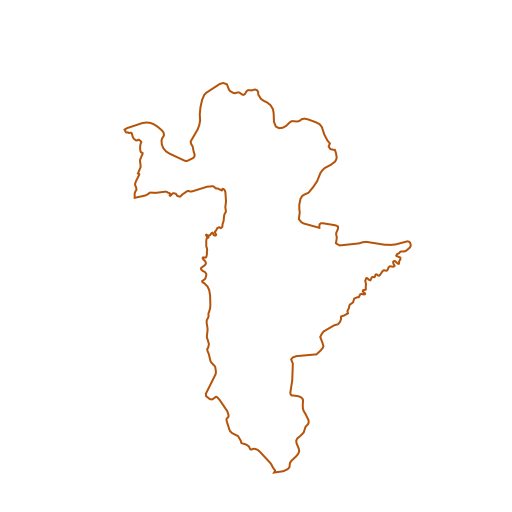 SVG path tracing the border of Arbil, rotated 319°
{"feature_id": "IRQ-3050", "entity_name": "Arbil", "entity_type": "Province", "adm_level": 1, "iso_a3": "IRQ", "parent_name": "Iraq", "parent_adm1": "", "projection": "orthographic", "projection_center": [44.221, 36.37], "detail": "fine", "context": "isolated", "style": "outline", "palette": "amber", "viewbox_px": 512, "rotation_deg": 319, "n_neighbors": 0, "source": "natural_earth", "source_scale": "10m", "svg_char_len": 6114}
<svg xmlns="http://www.w3.org/2000/svg" viewBox="0 0 512 512"><g transform="rotate(319 256 256)"><path d="M239.7,74.4L242.6,74.9L257.4,81.1L260.8,83.3L263.3,85.9L265.2,89.2L266.5,93.7L267.2,97.9L267.4,100.3L267.2,102.2L265.9,104.4L264.4,105.1L262.7,105.5L260.7,106.6L258.1,110.0L256.8,113.9L256.7,118.0L257.9,122.0L264.1,136.0L265.1,138.0L266.4,139.1L272.8,140.8L274.7,140.6L276.2,139.2L277.6,136.0L280.0,131.9L280.6,128.8L281.8,126.7L294.8,122.3L298.9,120.1L302.7,117.1L306.4,112.3L311.9,107.1L317.9,102.7L322.8,100.4L325.6,100.2L341.7,102.4L344.8,104.0L346.7,107.3L344.7,112.8L344.7,114.7L345.9,118.1L346.9,119.4L349.1,120.3L350.2,121.1L350.8,122.3L351.6,125.3L352.3,126.2L353.8,126.5L356.8,125.5L358.3,125.5L359.4,126.1L361.1,128.0L364.5,129.7L365.5,131.4L365.3,133.5L363.6,135.7L362.8,140.8L363.7,144.2L365.1,147.3L365.9,151.7L365.1,156.3L363.0,159.8L357.6,166.5L355.9,171.3L357.2,174.6L360.2,176.7L364.3,177.6L369.1,177.3L371.3,177.6L373.2,179.3L374.7,181.0L376.3,182.1L378.1,182.7L380.1,182.7L382.7,184.1L385.0,187.2L388.8,194.1L390.5,198.3L390.3,201.9L387.3,208.9L385.7,215.5L385.6,219.5L382.6,221.1L382.3,224.2L384.5,227.1L385.1,227.6L384.5,229.4L383.6,231.3L381.6,234.5L379.9,235.8L377.6,236.6L372.3,236.3L365.7,234.7L362.5,234.8L359.1,235.6L351.1,239.7L344.3,241.5L337.2,242.7L332.8,241.4L330.2,241.0L327.0,242.1L322.3,245.7L319.3,249.2L317.6,251.8L312.5,256.3L312.4,260.4L313.3,262.7L322.3,276.3L323.8,274.6L324.8,273.8L326.4,273.9L328.0,275.2L335.8,284.6L336.7,286.1L337.2,287.7L335.7,289.3L332.1,291.0L330.9,291.9L329.3,294.8L328.1,296.0L324.7,298.8L325.4,301.2L326.2,303.0L341.9,314.0L345.5,315.6L347.3,316.8L348.8,318.0L360.3,331.7L365.3,336.3L369.2,339.0L379.8,344.2L380.8,345.5L381.0,346.0L381.0,347.0L380.1,349.1L379.1,350.0L378.0,350.4L376.4,350.6L372.8,350.5L371.3,350.1L368.2,347.6L367.5,347.5L365.8,347.7L363.8,347.2L362.5,347.5L362.1,347.7L362.0,348.2L363.9,351.8L363.0,353.1L360.6,353.9L359.1,355.4L358.6,355.6L358.3,355.3L357.9,354.3L357.7,351.4L357.5,350.9L356.4,350.3L355.9,350.3L354.8,351.6L354.6,352.2L354.3,354.1L353.8,354.5L353.1,354.4L351.8,353.4L350.6,351.8L349.9,351.5L348.9,351.5L345.8,352.9L345.0,352.8L344.1,352.0L343.3,350.7L342.5,350.5L341.3,350.5L337.6,351.6L335.9,351.6L335.3,350.8L335.2,349.4L334.5,348.6L333.8,348.6L332.1,349.6L331.5,349.7L330.5,348.5L329.3,348.1L326.4,349.4L325.5,347.8L325.5,345.9L325.0,345.2L324.5,345.1L322.1,346.5L320.5,349.5L319.2,350.6L316.9,353.3L316.3,353.2L314.6,352.1L314.0,352.3L313.4,352.7L313.3,353.3L313.7,355.3L313.5,356.2L312.9,356.3L312.3,355.9L310.6,353.7L309.5,353.3L308.6,353.6L307.2,354.4L306.5,354.5L305.6,353.7L302.2,352.6L298.9,354.6L297.5,354.6L295.5,354.3L294.4,354.4L292.0,356.2L289.1,357.5L288.6,357.9L287.8,359.6L287.3,359.6L286.1,359.2L283.6,358.8L280.8,357.5L280.2,357.6L279.4,358.8L278.5,359.6L276.3,360.8L273.5,361.3L272.6,361.1L269.6,359.6L257.6,357.3L255.0,357.8L251.4,359.2L249.1,365.3L247.8,368.2L246.3,369.1L243.0,369.7L237.1,369.9L220.7,358.0L217.1,356.7L214.7,357.1L213.2,361.4L201.8,373.6L192.2,381.7L191.3,383.3L191.4,384.6L192.4,385.5L195.8,389.4L196.8,391.1L197.4,392.9L197.3,395.0L195.9,396.8L193.9,398.7L191.5,401.6L190.4,403.9L189.5,408.6L187.9,414.4L186.3,416.4L184.6,417.1L181.3,417.4L176.2,420.5L171.0,420.9L167.4,420.8L165.3,421.7L163.8,423.8L161.9,429.4L160.5,431.7L158.0,433.0L155.0,433.5L148.3,433.8L145.8,434.5L142.7,437.3L141.1,437.6L139.4,437.5L136.2,436.6L134.7,435.9L127.6,431.3L129.3,430.8L129.7,430.2L130.0,426.8L130.9,423.0L131.0,421.3L130.5,406.3L130.0,403.3L128.8,401.0L127.8,400.0L127.0,399.5L125.5,399.1L125.1,398.5L124.9,397.8L125.7,395.0L125.1,392.6L124.3,390.8L122.5,388.1L122.3,387.4L123.3,385.4L124.3,380.2L121.8,374.1L121.5,371.3L122.2,369.1L125.6,361.3L126.4,360.1L127.3,359.5L129.7,359.3L130.8,358.2L132.5,354.3L134.1,341.0L134.1,337.4L133.5,336.0L129.0,335.6L127.3,333.9L126.4,329.0L127.7,327.1L148.0,318.7L149.7,317.2L151.9,313.9L152.4,312.9L152.6,311.9L152.4,306.9L152.8,305.2L156.1,299.0L156.9,296.4L157.7,294.7L158.3,294.1L159.6,293.9L162.6,291.7L164.4,288.0L165.3,285.7L166.1,284.5L171.0,280.0L172.4,278.1L174.3,275.0L175.5,273.3L176.7,272.2L180.3,270.7L182.5,268.1L183.7,267.5L186.6,265.7L189.1,263.4L195.6,255.5L198.3,251.0L199.4,247.2L199.1,242.6L198.4,240.8L198.5,240.1L198.9,239.6L202.3,239.9L203.4,239.5L206.1,237.7L206.7,236.8L206.9,235.8L206.8,234.2L205.9,232.0L205.8,230.2L206.2,229.4L206.9,229.0L211.7,229.4L213.1,228.9L213.8,227.9L214.2,226.7L214.0,224.3L214.2,222.9L214.6,222.4L215.1,222.3L216.1,223.3L216.5,223.9L217.3,224.2L218.2,223.9L220.4,222.2L221.5,220.8L223.0,219.5L224.1,217.9L224.7,216.2L228.6,211.7L229.9,210.7L230.8,210.2L231.6,210.8L232.4,210.7L232.6,210.2L232.0,209.3L231.8,208.6L231.9,207.6L232.2,207.3L232.5,207.3L233.2,209.1L234.3,209.9L235.1,210.1L237.3,209.6L238.4,209.8L238.5,210.3L237.8,212.4L238.0,213.1L238.4,213.7L239.5,214.0L239.9,213.8L240.5,211.3L240.9,210.8L241.4,210.6L242.6,210.6L244.9,209.6L246.6,209.9L247.2,210.3L247.4,210.7L247.4,211.2L247.6,211.8L248.2,212.0L249.8,211.8L251.7,210.0L254.4,208.4L258.6,204.5L259.8,203.7L262.4,202.8L264.9,199.0L269.2,195.1L274.8,187.7L275.5,186.0L275.5,184.3L274.9,183.4L274.5,183.4L273.4,184.1L273.0,183.9L271.6,180.3L270.0,178.6L269.7,176.1L269.4,175.3L268.6,174.5L267.3,173.7L264.7,171.7L250.1,165.3L249.0,164.5L248.3,163.7L247.8,162.7L246.5,161.9L240.5,161.2L238.0,161.5L237.4,161.2L236.1,159.1L236.0,158.6L236.3,157.3L236.3,156.4L235.3,154.9L234.7,154.3L234.0,154.1L230.9,154.4L230.6,154.0L230.6,153.6L232.0,152.9L232.1,152.4L231.0,150.2L230.8,149.3L230.0,148.1L221.8,142.6L217.6,138.6L216.8,138.4L215.9,138.6L212.3,137.8L202.6,132.5L205.6,129.0L207.7,128.0L209.0,127.7L209.7,127.0L210.3,126.0L211.5,122.8L212.4,122.0L215.1,120.5L220.9,118.2L221.6,117.7L221.6,117.3L221.0,116.3L227.0,113.3L227.9,112.5L230.8,108.2L231.6,107.4L234.8,105.7L236.8,104.9L237.6,104.3L238.0,103.7L237.3,102.4L237.4,101.7L237.8,100.6L239.7,98.1L240.9,96.9L242.5,95.6L244.2,94.8L244.3,93.6L243.9,91.4L243.4,91.0L241.9,90.7L241.2,89.8L240.8,87.6L240.9,86.1L241.3,84.8L242.7,82.0L242.7,81.4L242.5,80.9L240.8,79.8L240.4,78.6L239.5,78.1L239.0,77.2L239.7,74.4Z" fill="none" stroke="#b45309" stroke-width="2"/></g></svg>